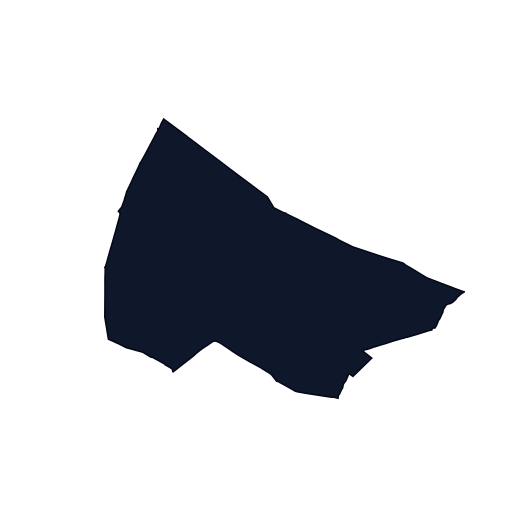 Buftea, Ilfov, Romania (Robinson projection), rotated 63°
{"feature_id": "2599482B99288880731424", "entity_name": "Buftea", "entity_type": "district", "adm_level": 2, "iso_a3": "ROU", "parent_name": "Romania", "parent_adm1": "Ilfov", "projection": "robinson", "projection_center": [25.955, 44.56], "detail": "fine", "context": "isolated", "style": "filled", "palette": "ink", "viewbox_px": 512, "rotation_deg": 63, "n_neighbors": 0, "source": "geoboundaries", "source_scale": "gbopen_adm2", "svg_char_len": 4126}
<svg xmlns="http://www.w3.org/2000/svg" viewBox="0 0 512 512"><g transform="rotate(63 256 256)"><path d="M197.6,396.0L197.8,395.9L198.1,395.7L198.6,396.0L199.7,396.6L202.2,397.9L203.7,398.7L204.5,399.2L209.0,401.6L213.0,403.6L221.6,408.0L241.8,418.5L250.6,421.3L252.2,421.8L263.1,425.3L265.5,423.4L267.3,421.9L269.4,420.3L270.1,419.7L270.4,419.5L272.2,418.0L275.0,416.0L276.1,415.2L278.3,413.6L279.6,412.4L281.1,410.7L282.5,409.1L284.1,407.4L284.6,406.9L290.2,400.7L292.2,399.4L292.3,399.4L298.4,395.6L299.1,394.4L304.9,390.4L305.3,390.1L309.1,387.6L310.6,386.5L311.6,386.4L315.7,383.7L316.5,383.2L318.1,382.2L318.4,382.1L318.6,382.1L320.1,382.3L321.4,382.5L321.6,382.5L321.4,381.2L320.8,378.2L319.5,371.9L319.1,369.8L318.9,368.6L318.9,368.4L318.1,364.7L317.8,362.8L316.5,356.2L315.9,354.5L315.6,353.3L314.5,347.9L314.2,346.1L313.6,341.4L313.5,339.7L312.6,333.5L312.8,332.2L313.1,331.2L314.0,330.1L315.3,328.9L316.9,327.7L319.2,326.3L326.6,322.2L328.4,321.2L328.8,321.0L330.2,320.3L334.4,317.9L337.4,316.1L339.4,314.8L341.7,313.3L343.7,312.0L346.7,310.1L350.6,307.4L351.1,307.0L351.7,306.6L352.4,306.1L354.8,304.5L357.1,302.9L357.7,302.4L359.0,301.8L367.0,296.9L369.1,296.0L376.9,294.5L377.9,293.3L386.9,287.2L391.9,283.9L394.3,282.4L395.7,280.9L401.5,273.2L415.1,254.3L415.5,253.7L416.4,252.4L416.7,251.5L417.5,250.4L418.9,248.8L419.6,247.9L420.0,247.5L419.5,247.2L418.9,246.8L418.2,246.3L417.4,245.6L417.0,244.3L416.3,243.5L415.6,242.6L415.1,242.0L413.6,239.9L412.5,238.3L412.1,238.1L411.0,237.3L409.6,235.9L409.0,234.7L408.3,233.3L408.1,233.0L408.1,232.8L407.7,232.3L407.2,231.6L405.0,229.0L404.5,228.4L403.4,227.2L403.5,226.3L407.3,224.3L403.7,212.8L401.8,206.5L399.5,199.2L389.8,203.7L389.7,203.7L389.0,202.7L388.8,202.2L389.6,199.6L390.3,195.7L390.2,195.3L391.2,189.4L391.8,185.9L392.7,181.2L393.8,174.2L393.9,173.3L395.7,164.0L396.5,160.6L396.4,159.5L396.7,158.9L397.0,158.4L398.9,148.3L400.6,138.1L401.1,135.3L401.2,135.2L401.2,134.4L401.8,133.1L401.7,132.7L400.8,132.2L400.3,131.7L401.4,129.4L400.5,127.7L399.9,126.8L399.6,126.4L398.4,125.1L397.5,123.9L397.1,123.5L396.2,123.2L396.1,122.3L396.0,121.8L394.9,120.1L393.9,118.9L390.8,114.9L390.7,114.8L390.3,114.6L389.7,114.2L388.5,113.1L388.0,112.3L387.8,111.6L386.9,110.4L386.2,109.3L386.0,108.2L386.0,106.9L386.4,105.1L386.5,105.0L386.6,103.5L386.5,102.1L386.5,101.6L386.3,101.1L385.5,97.9L384.3,95.8L384.2,95.5L384.0,95.0L383.8,93.9L383.5,92.8L383.2,91.7L382.9,90.2L382.8,89.7L382.7,89.3L382.7,88.8L382.7,87.2L382.3,86.7L382.2,86.8L382.1,87.1L381.8,87.4L380.7,88.5L378.0,91.0L373.9,94.8L372.6,95.9L366.9,101.1L360.5,106.9L359.4,107.8L358.4,108.8L352.8,113.8L336.4,123.9L332.6,126.5L329.1,128.1L318.6,139.0L310.0,147.7L291.8,165.6L281.0,173.7L279.1,175.0L276.0,177.0L257.5,191.2L247.3,198.6L246.0,199.6L245.7,199.8L241.4,202.8L238.8,204.9L237.7,205.7L237.6,205.8L231.5,210.3L231.3,210.1L230.2,211.4L229.4,212.1L227.1,213.8L223.6,216.4L222.8,216.9L222.7,217.0L221.1,218.2L219.8,218.3L209.0,219.0L208.7,219.0L203.3,221.6L201.8,222.4L176.0,235.1L166.2,239.9L156.4,244.6L146.6,249.4L136.8,254.2L122.9,260.9L118.9,262.9L118.0,263.2L117.7,263.3L113.4,265.5L111.7,266.3L92.0,276.1L94.6,279.9L96.1,281.7L97.2,282.9L97.9,283.9L98.3,284.4L98.6,284.9L97.9,285.7L100.1,286.7L100.0,286.8L101.6,289.5L104.2,293.1L116.0,309.9L116.1,310.1L117.8,312.6L119.6,315.3L120.0,316.0L120.2,316.4L120.2,316.5L120.3,316.7L120.5,317.0L122.2,319.0L123.8,321.0L125.4,323.1L127.5,325.8L129.5,328.5L130.6,330.0L133.0,332.9L135.7,336.4L137.8,339.2L139.2,340.8L139.5,341.6L139.7,341.8L142.4,344.2L144.7,346.5L145.1,347.0L145.3,347.1L145.7,347.4L146.0,347.7L146.4,348.1L146.9,348.4L147.3,349.0L147.5,349.3L148.1,349.8L149.6,351.5L149.9,351.8L150.4,352.2L151.4,353.5L151.8,354.2L152.5,356.0L152.8,356.5L153.2,357.4L153.4,358.0L153.8,358.4L154.9,357.4L155.1,357.8L155.3,358.0L156.2,357.8L156.9,358.0L160.3,360.9L166.8,366.9L170.4,370.1L173.9,373.4L177.4,376.6L181.8,380.7L186.0,384.7L187.7,386.2L189.5,387.9L190.5,388.8L191.9,390.1L192.9,390.9L193.4,391.4L193.8,391.8L194.9,392.8L196.5,394.5L197.3,395.3L197.4,395.6L197.5,395.9L197.6,396.0Z" fill="#0f172a" stroke="#020617" stroke-width="1.5"/></g></svg>